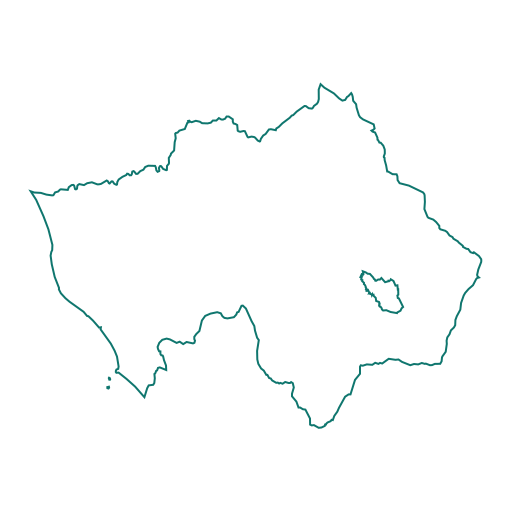 Agam, Sumatera Barat, Indonesia (Equal Earth projection)
{"feature_id": "22746128B89220130199878", "entity_name": "Agam", "entity_type": "district", "adm_level": 2, "iso_a3": "IDN", "parent_name": "Indonesia", "parent_adm1": "Sumatera Barat", "projection": "equal_earth", "projection_center": [100.243, -0.253], "detail": "fine", "context": "isolated", "style": "outline", "palette": "teal", "viewbox_px": 512, "rotation_deg": 0, "n_neighbors": 0, "source": "geoboundaries", "source_scale": "gbopen_adm2", "svg_char_len": 6073}
<svg xmlns="http://www.w3.org/2000/svg" viewBox="0 0 512 512"><path d="M478.9,277.5L477.6,276.4L477.1,274.9L478.3,269.5L481.2,262.0L481.3,260.7L481.2,259.2L478.9,256.0L473.9,252.3L473.2,253.1L470.5,252.2L468.2,249.0L466.5,248.8L463.0,246.9L462.8,245.8L458.7,242.5L457.8,241.3L453.4,238.7L452.5,237.1L449.5,235.5L447.1,232.1L445.3,230.8L440.3,229.3L439.3,228.0L439.3,225.9L436.1,222.0L433.3,219.6L428.4,217.8L427.5,216.8L424.4,209.1L424.9,201.9L424.6,195.2L424.2,193.9L423.0,192.4L408.9,185.6L399.6,183.2L397.6,180.1L397.4,176.3L396.6,174.3L392.6,174.2L388.2,171.6L387.2,171.5L386.1,165.3L384.7,160.3L384.5,157.7L383.9,157.3L383.8,156.4L384.8,153.6L384.8,151.4L384.7,149.4L383.3,145.7L380.7,142.7L379.4,142.6L378.1,140.1L377.5,139.7L377.4,137.6L375.1,132.5L372.5,131.6L371.5,130.6L373.3,129.8L374.6,128.5L373.7,124.4L363.0,119.4L360.1,117.2L358.9,115.2L356.6,107.7L356.1,104.2L353.2,100.8L352.7,96.7L352.0,94.4L351.2,93.1L348.4,96.1L347.0,97.0L345.2,99.9L342.4,100.6L339.1,98.4L333.9,93.4L324.4,87.7L320.6,84.2L318.7,89.6L318.8,99.1L318.1,101.9L317.0,103.7L313.9,106.0L313.0,107.7L311.9,108.6L308.7,108.2L305.9,106.1L304.5,106.0L296.7,111.6L293.2,115.1L291.7,115.6L289.7,117.8L282.4,123.3L278.8,126.9L276.3,128.5L275.8,130.2L270.9,129.2L268.9,129.5L265.6,134.0L263.2,135.5L260.9,138.8L260.1,141.3L259.7,141.5L257.8,140.6L255.1,137.6L254.0,137.0L251.5,136.6L248.2,137.4L247.5,136.8L244.9,131.2L243.5,131.0L240.2,131.8L238.3,131.2L237.7,130.6L237.2,125.0L235.5,124.0L233.6,123.5L232.8,121.7L232.8,119.3L228.7,116.5L226.6,116.5L225.1,118.7L222.9,119.6L221.3,119.5L218.9,118.1L216.4,120.5L212.9,120.5L210.8,122.7L207.6,123.4L202.1,123.2L199.8,121.7L195.8,120.8L191.7,122.2L190.4,121.8L189.3,120.7L188.1,121.0L188.5,122.4L187.4,122.7L184.8,129.0L179.4,130.6L177.6,132.6L175.8,133.0L175.2,133.7L175.7,138.3L174.7,142.1L174.1,150.5L171.0,153.6L170.7,155.0L168.8,157.9L169.0,162.9L168.8,163.8L167.0,165.9L166.9,169.9L166.2,170.2L163.1,168.9L161.5,166.6L160.8,166.0L159.9,166.2L158.9,168.0L159.3,170.0L159.2,171.1L157.6,171.8L156.4,170.4L155.8,167.3L155.1,165.9L148.3,165.7L145.2,167.0L143.4,169.7L140.3,171.1L137.6,173.8L136.1,173.9L134.2,171.5L133.5,171.1L132.3,171.6L131.8,174.2L131.2,175.2L129.7,175.3L128.3,173.9L127.1,173.7L126.3,175.0L122.5,176.8L118.7,179.5L117.3,182.0L117.0,184.5L116.4,184.8L114.3,183.8L112.6,181.4L111.5,181.4L109.6,183.5L108.9,183.2L107.8,181.2L106.7,180.5L101.0,183.9L99.0,184.3L97.2,184.3L91.9,182.3L87.2,183.2L84.0,185.1L79.3,184.1L77.7,185.2L77.3,186.0L77.0,188.7L75.9,189.4L75.1,189.1L74.1,185.5L73.3,184.9L71.6,185.1L68.8,187.2L67.8,189.9L60.9,189.3L59.9,189.7L58.2,191.5L55.1,192.4L53.4,195.2L52.1,195.4L46.4,194.6L40.9,192.9L34.2,192.5L30.7,191.3L36.2,199.9L43.5,216.3L48.4,229.3L52.4,244.9L52.2,250.1L51.3,252.0L50.6,255.6L51.8,264.4L54.7,276.9L59.0,287.9L58.9,289.4L60.9,293.3L65.4,298.2L69.5,301.7L83.6,311.8L87.1,316.0L88.4,316.2L93.0,320.6L99.1,327.6L100.9,327.3L100.6,329.4L110.8,343.6L114.6,350.7L117.0,356.6L118.6,366.5L118.2,368.9L116.5,369.5L115.9,370.7L115.8,372.0L116.4,372.8L118.6,372.6L126.6,379.0L135.1,386.6L144.4,397.2L147.2,388.2L148.7,385.4L153.2,384.8L154.3,383.0L154.8,378.3L154.4,374.0L155.2,373.4L156.2,370.8L157.1,370.4L158.0,367.9L159.8,367.4L166.2,370.0L166.0,365.5L164.0,360.2L163.1,356.3L162.6,355.5L161.3,355.3L160.4,354.0L160.4,351.4L159.1,351.3L158.0,348.9L157.6,346.9L159.3,342.8L162.3,339.8L166.6,338.6L169.9,339.4L176.6,342.9L179.7,341.7L183.2,344.1L186.6,342.0L193.0,343.4L194.4,342.8L195.0,340.7L194.3,339.1L194.3,336.8L196.3,334.0L199.4,331.0L201.9,320.5L205.2,315.9L210.5,313.6L217.2,312.2L220.8,313.3L222.4,316.2L224.4,317.9L227.5,318.4L233.9,317.2L236.3,314.6L237.1,312.4L238.6,311.9L241.5,305.8L242.8,305.6L245.9,308.5L251.6,321.2L254.3,326.0L255.0,330.6L257.1,337.7L258.8,340.1L257.1,350.9L257.3,359.4L258.3,363.8L261.1,368.5L263.8,370.6L266.3,374.9L267.4,374.9L269.1,378.0L270.8,378.5L272.1,380.4L276.2,382.8L277.8,382.6L279.1,383.5L280.3,382.9L282.6,383.7L285.2,382.0L288.6,383.0L290.0,383.0L291.1,382.1L292.8,383.2L293.8,387.5L292.0,393.7L292.0,396.3L296.4,401.6L298.5,407.5L300.1,407.5L302.8,409.2L305.4,409.6L310.0,418.5L310.1,424.6L311.7,425.4L313.9,425.1L318.7,427.8L321.5,427.5L324.8,425.9L325.1,424.5L326.0,424.5L326.2,423.8L327.5,422.5L330.6,421.2L331.6,419.8L332.8,420.1L334.3,415.9L337.3,411.7L339.0,407.8L345.1,396.7L348.6,394.4L350.5,394.4L355.0,379.9L360.0,373.8L360.0,366.7L360.8,365.3L362.8,365.7L366.8,364.4L372.3,364.8L375.2,362.8L378.4,363.9L380.0,362.9L382.2,363.5L388.7,358.8L395.5,359.8L398.5,359.5L402.0,361.9L410.3,365.2L414.0,364.0L418.2,364.4L421.8,363.0L424.9,363.9L425.8,363.6L430.0,365.2L432.0,365.1L434.8,363.9L440.2,363.8L441.6,361.3L442.0,357.4L442.4,356.4L445.7,351.8L446.8,343.9L446.6,340.7L447.3,337.4L449.5,334.3L450.9,330.4L453.9,327.5L455.2,325.2L455.4,320.0L456.8,316.2L460.3,309.7L461.1,302.9L463.7,295.5L465.2,292.9L468.6,289.0L473.0,285.2L476.2,279.0L477.2,278.0L478.9,277.5ZM398.2,289.4L398.3,294.7L397.4,295.5L397.8,298.0L398.9,298.4L403.1,307.0L401.6,308.3L400.5,310.7L397.2,312.5L397.0,313.1L390.6,312.0L386.3,310.2L383.1,310.5L381.9,309.4L381.7,308.3L380.5,306.6L379.7,306.6L379.1,305.7L379.6,304.0L379.2,303.8L379.4,303.0L378.9,301.4L378.8,301.9L376.2,301.0L375.7,297.8L373.7,295.9L373.5,294.7L372.5,294.9L372.3,294.3L371.9,295.1L371.7,294.3L370.2,294.0L369.9,292.9L369.1,293.2L369.3,292.7L367.9,289.7L367.1,289.6L366.7,290.9L366.4,290.8L366.6,290.0L365.9,289.3L366.3,288.3L365.6,287.1L365.7,286.5L364.8,284.8L363.9,284.1L364.0,282.8L362.2,281.2L362.4,280.1L361.2,279.5L361.6,277.7L360.4,277.2L361.1,275.6L361.7,275.7L361.4,275.0L361.8,274.1L363.2,274.6L363.5,274.1L362.8,271.3L365.8,272.4L367.6,273.7L369.9,273.9L373.2,277.5L373.9,278.9L374.9,279.5L375.3,280.7L376.1,280.8L378.2,279.5L379.9,279.6L381.4,278.0L385.1,282.2L388.2,281.3L388.4,280.8L389.0,281.2L390.5,280.1L390.8,279.3L393.5,281.0L395.5,285.6L397.4,285.3L397.8,289.5L398.2,289.4ZM108.9,386.7L107.3,387.1L107.4,388.2L108.5,388.5L109.1,387.7L108.9,386.7ZM109.7,378.0L109.0,377.7L108.8,378.1L109.3,379.7L110.0,379.7L110.2,379.2L109.7,378.0Z" fill="none" stroke="#0f766e" stroke-width="2"/></svg>